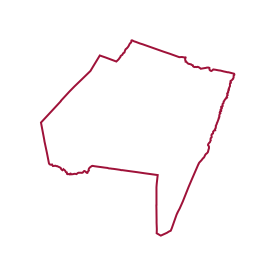 Nkayi, Matabeleland North, Zimbabwe, rotated 111°
{"feature_id": "62879985B68584159333685", "entity_name": "Nkayi", "entity_type": "district", "adm_level": 2, "iso_a3": "ZWE", "parent_name": "Zimbabwe", "parent_adm1": "Matabeleland North", "projection": "orthographic", "projection_center": [28.451, -18.923], "detail": "fine", "context": "isolated", "style": "outline", "palette": "rose", "viewbox_px": 256, "rotation_deg": 111, "n_neighbors": 0, "source": "geoboundaries", "source_scale": "gbopen_adm2", "svg_char_len": 5050}
<svg xmlns="http://www.w3.org/2000/svg" viewBox="0 0 256 256"><g transform="rotate(111 128 128)"><path d="M189.6,188.8L190.0,188.1L189.9,186.6L189.3,185.9L190.4,184.5L189.2,182.1L189.3,181.2L189.0,180.5L189.3,176.7L190.4,175.5L190.9,174.1L190.0,173.6L189.8,173.3L189.7,173.3L190.3,171.5L191.4,170.2L191.4,169.2L192.6,168.6L192.8,168.0L192.4,167.4L192.2,165.7L191.5,165.7L191.1,165.2L191.5,164.2L190.8,162.8L190.0,161.7L189.5,160.0L189.5,159.6L189.2,159.4L187.9,158.6L187.5,158.2L187.3,157.6L186.6,155.8L186.4,155.0L186.3,154.8L185.7,154.2L185.0,154.0L184.2,153.7L183.9,153.5L183.8,153.4L183.8,152.8L183.9,152.2L184.1,151.6L184.3,151.4L184.5,150.8L184.6,150.6L184.6,150.0L184.5,149.9L184.4,149.8L184.1,149.7L183.3,149.9L183.2,149.9L182.5,149.7L181.8,149.3L181.7,149.4L180.8,149.9L180.0,149.9L178.8,149.6L178.6,149.5L177.6,148.9L176.4,148.1L176.2,147.5L176.0,147.4L175.7,145.6L174.1,138.9L173.4,135.9L172.6,132.7L172.6,131.7L172.3,130.4L172.0,129.6L171.8,128.4L171.5,127.5L170.8,124.5L169.9,120.5L169.8,119.2L169.4,118.3L167.7,111.0L165.9,103.4L164.2,95.8L162.6,89.0L161.3,83.4L169.4,81.3L173.1,80.2L189.2,74.0L189.6,73.8L189.8,73.9L194.7,71.9L197.5,70.8L203.5,68.4L205.9,67.5L212.2,64.8L216.0,63.5L216.7,59.0L216.7,58.8L211.9,54.1L210.0,52.7L208.6,51.3L205.9,51.2L191.3,51.6L189.3,51.4L189.2,51.5L184.7,50.9L177.1,50.5L169.2,50.4L161.1,50.3L153.0,50.0L136.7,49.3L136.6,49.2L135.4,49.2L135.0,49.1L134.1,48.8L132.2,48.0L130.4,47.4L129.7,47.3L128.5,46.6L127.5,46.4L125.7,46.3L124.5,46.0L123.5,45.4L123.0,45.1L122.6,45.0L122.0,44.8L120.6,44.9L120.1,45.0L119.4,45.1L118.2,45.1L117.3,45.4L116.9,45.5L116.6,45.6L115.9,46.2L115.8,46.4L115.5,46.9L115.4,47.1L114.8,47.3L114.4,47.3L113.8,47.2L113.5,47.1L113.0,47.0L112.8,46.9L112.3,46.7L112.1,46.5L111.8,46.4L111.5,46.4L110.8,46.5L109.9,46.3L108.9,47.0L107.8,47.1L106.8,46.6L106.7,46.6L106.3,46.7L105.5,47.1L104.9,47.5L103.8,47.5L102.8,46.8L102.7,46.8L102.5,46.7L101.6,46.9L101.1,47.2L99.6,46.8L98.9,45.8L98.0,46.4L96.9,46.1L96.3,46.3L95.4,46.3L94.7,46.8L92.6,46.6L92.1,46.6L91.7,46.8L91.1,46.7L90.4,46.6L89.7,46.7L89.0,46.6L88.7,46.6L88.1,46.7L87.4,46.6L86.8,46.7L86.5,46.9L86.3,46.9L85.9,46.6L85.6,46.7L85.2,46.7L85.0,46.9L84.3,46.8L84.0,47.0L83.9,47.1L83.6,47.3L83.2,47.3L82.8,47.4L82.6,47.4L82.4,47.3L82.0,47.4L81.8,47.4L81.4,47.2L81.2,47.1L80.7,47.9L79.9,47.9L79.5,47.7L79.4,47.4L79.2,47.2L78.7,47.1L78.5,47.3L78.4,47.3L78.3,47.6L78.2,47.9L78.1,48.1L77.8,48.1L77.7,47.9L76.8,47.7L76.4,47.5L76.1,47.9L75.9,47.8L75.5,47.6L75.4,47.6L75.2,48.0L75.0,48.6L74.9,48.6L74.6,48.5L73.8,47.7L73.4,47.5L73.1,47.8L72.1,48.2L71.6,48.3L71.2,48.1L70.7,47.8L69.3,48.1L68.9,48.2L68.4,47.9L67.2,47.8L66.6,47.6L65.0,47.2L64.9,47.0L64.9,46.8L64.4,46.6L64.2,46.5L64.0,47.0L63.3,47.0L62.1,47.0L61.8,47.1L61.6,46.8L61.2,47.0L60.3,47.8L60.1,47.8L59.8,47.7L59.3,47.3L59.1,47.2L58.7,47.3L58.0,47.7L57.3,47.7L56.9,47.4L56.6,47.5L55.9,48.0L55.7,47.9L55.8,47.6L55.6,47.6L55.2,47.7L54.8,47.9L54.7,48.0L52.9,47.9L52.3,47.8L50.5,48.6L49.6,48.7L49.4,48.7L49.2,48.4L49.1,48.2L48.8,48.2L48.5,48.3L48.4,48.4L48.3,48.5L47.7,49.1L47.3,49.1L47.2,49.0L46.8,48.6L46.6,48.6L46.0,48.1L45.1,47.8L44.7,47.8L44.6,47.7L44.4,47.5L44.1,47.6L43.5,47.5L43.3,47.5L43.0,47.6L42.6,47.6L42.2,47.8L41.6,48.1L41.1,48.1L40.5,47.8L40.1,47.8L39.9,47.9L39.5,48.2L39.4,48.3L39.3,48.6L39.4,48.9L39.4,49.2L39.5,49.7L39.6,51.2L39.7,51.7L39.7,51.9L40.0,54.3L40.2,54.8L40.3,55.1L40.7,57.9L40.8,58.2L41.2,61.8L41.2,62.0L41.3,62.4L41.5,63.3L41.6,63.5L42.1,66.2L42.2,67.0L42.4,67.7L42.5,68.0L42.6,69.0L42.9,69.5L43.1,69.6L43.6,69.7L44.0,69.9L44.4,70.3L44.7,70.6L44.9,70.7L44.9,70.9L44.9,71.4L44.9,71.6L44.5,72.6L44.1,72.8L43.9,73.0L43.6,73.2L42.7,73.6L42.8,74.8L42.9,75.0L43.4,76.1L43.6,76.3L44.2,77.2L44.3,77.4L46.6,81.3L46.3,82.1L45.9,83.8L45.9,84.7L46.0,84.8L46.0,85.0L46.5,85.6L46.7,86.7L47.2,87.5L47.3,87.9L47.3,88.4L47.1,89.0L47.1,89.3L47.0,89.5L46.8,89.6L46.6,89.7L46.5,89.8L46.3,89.9L46.3,90.1L46.2,91.0L46.3,91.3L46.0,91.8L46.0,92.0L46.1,92.5L46.1,92.9L46.2,93.3L46.2,93.6L46.3,93.8L46.3,94.2L46.4,94.5L46.3,95.1L45.7,96.5L45.5,97.0L45.3,97.2L45.2,97.5L45.4,98.0L45.2,98.1L44.8,98.0L44.6,98.3L44.5,98.6L44.3,98.8L43.7,99.1L43.0,99.4L42.9,99.5L42.6,99.5L41.7,99.4L41.5,99.5L41.5,99.8L41.8,100.1L42.1,101.6L42.4,103.1L43.5,105.5L43.7,115.4L44.0,122.1L44.6,144.5L44.8,147.2L44.8,147.3L44.8,152.1L44.9,152.7L44.9,153.4L44.7,155.3L44.7,155.6L44.9,156.0L45.0,156.1L45.6,156.1L46.0,155.9L46.5,155.8L46.8,155.8L47.0,155.8L47.4,155.9L48.1,156.4L48.6,156.5L49.6,156.7L50.2,156.7L51.2,156.8L52.9,157.2L53.7,157.6L54.0,157.6L54.3,157.8L55.1,158.3L55.6,158.5L56.2,158.5L56.5,158.5L57.8,158.5L58.2,158.5L58.4,158.4L58.8,158.4L59.0,158.5L59.6,159.0L59.8,159.2L60.4,159.4L61.1,159.4L61.6,159.5L62.3,159.9L62.8,160.3L63.2,160.5L63.7,160.7L64.1,160.7L64.4,160.6L64.8,160.6L66.0,161.1L67.1,161.3L70.1,162.7L70.2,173.9L70.4,180.3L83.6,182.7L88.2,183.5L99.0,188.5L108.4,192.9L115.1,195.8L126.7,200.4L127.0,200.3L137.0,204.3L147.2,208.4L154.1,211.2L168.8,202.1L170.9,200.9L171.0,200.8L175.0,198.2L180.4,194.7L189.2,189.2L189.6,188.8Z" fill="none" stroke="#9f1239" stroke-width="2"/></g></svg>